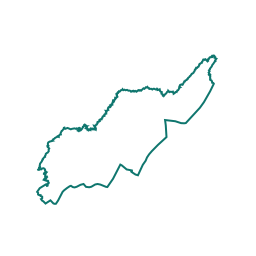 the district of Khagrachhari, Chittagong, Bangladesh, rotated 49°
{"feature_id": "16705992B35326431749719", "entity_name": "Khagrachhari", "entity_type": "district", "adm_level": 2, "iso_a3": "BGD", "parent_name": "Bangladesh", "parent_adm1": "Chittagong", "projection": "natural_earth1", "projection_center": [91.852, 23.211], "detail": "fine", "context": "isolated", "style": "outline", "palette": "teal", "viewbox_px": 256, "rotation_deg": 49, "n_neighbors": 0, "source": "geoboundaries", "source_scale": "gbopen_adm2", "svg_char_len": 5847}
<svg xmlns="http://www.w3.org/2000/svg" viewBox="0 0 256 256"><g transform="rotate(49 128 128)"><path d="M124.6,240.3L126.3,240.5L127.8,240.0L130.9,239.8L131.7,234.0L135.9,233.8L136.9,233.3L137.9,232.1L136.9,228.4L133.3,219.3L133.1,217.2L133.3,213.5L133.7,210.2L134.2,209.0L136.4,208.4L137.8,207.3L138.7,205.3L139.7,201.1L141.1,198.3L144.9,198.3L147.3,196.1L148.3,194.2L149.1,189.8L150.3,187.7L152.5,186.0L158.0,183.2L159.0,182.3L156.5,172.6L150.6,157.8L152.1,157.2L158.4,156.2L162.6,152.9L163.0,153.2L163.0,154.1L163.3,154.2L168.0,152.9L170.2,151.5L165.5,141.0L164.3,136.2L162.7,133.0L161.7,129.3L161.1,125.2L160.4,116.4L160.1,104.9L150.7,97.7L146.3,94.8L153.9,87.9L159.2,84.7L161.4,82.4L162.2,81.1L159.9,60.5L158.3,53.7L154.2,42.0L150.9,34.2L150.0,34.1L149.0,34.8L148.0,34.0L146.7,33.8L145.9,34.4L144.9,34.0L144.7,33.4L143.7,32.9L142.9,31.9L141.6,32.0L142.0,31.3L141.8,30.9L141.2,30.9L140.5,31.6L139.9,30.8L139.1,30.8L138.7,29.2L137.6,29.1L137.5,27.7L137.0,27.3L136.7,25.7L136.5,24.5L135.6,22.7L135.6,21.9L134.9,19.4L134.9,18.0L134.1,17.9L133.7,15.8L131.7,16.6L131.5,15.7L130.9,15.8L130.3,15.5L129.8,15.6L129.9,16.0L129.3,16.4L129.3,17.3L128.7,17.3L128.8,18.4L129.4,18.4L128.3,20.0L128.6,20.6L128.5,21.6L129.0,22.0L128.7,22.6L129.0,23.2L129.9,23.5L129.9,24.3L127.0,24.4L126.9,25.4L126.2,25.5L125.7,26.3L126.7,28.3L126.6,28.7L127.2,29.5L126.9,29.8L126.9,31.5L126.7,31.7L127.0,32.3L126.8,32.6L127.4,33.2L128.0,34.6L127.7,35.1L128.0,36.3L127.2,37.0L127.7,38.3L128.0,38.3L128.2,38.9L128.0,39.5L128.9,40.8L129.0,42.0L129.3,42.4L129.2,43.9L128.9,44.3L129.6,46.6L129.4,47.3L129.8,48.3L129.6,49.7L130.2,50.6L129.9,51.4L130.3,52.2L129.8,53.4L130.2,54.6L129.8,54.9L131.2,58.4L131.0,58.8L130.2,59.0L129.7,60.4L130.4,62.0L131.2,61.9L131.0,62.2L131.5,62.7L131.3,63.2L131.8,63.7L132.4,65.4L132.0,66.1L132.7,67.6L132.4,67.7L132.0,68.6L132.3,69.7L132.1,71.0L131.7,70.7L130.1,70.3L130.2,71.8L129.8,71.1L129.5,71.2L128.2,72.5L128.2,73.1L127.8,73.3L127.7,72.9L127.1,73.2L126.2,73.2L126.6,73.8L126.4,74.7L127.0,76.6L126.8,77.3L127.3,79.9L126.9,79.8L126.4,80.5L125.8,80.2L125.9,79.9L125.6,79.7L124.0,80.2L123.5,79.3L122.9,78.9L122.2,79.5L121.3,79.6L119.6,78.7L119.4,79.7L118.8,80.7L118.1,80.2L117.4,80.3L117.6,81.1L117.3,81.7L115.4,82.6L115.0,83.3L114.9,84.4L113.7,84.7L112.5,86.3L111.5,86.0L110.8,86.5L109.7,86.4L109.8,87.3L109.0,87.7L109.2,89.9L108.2,90.3L108.4,93.7L107.5,93.9L107.3,94.9L107.1,95.1L106.8,94.7L106.2,95.3L106.2,97.7L105.1,97.9L104.9,99.0L104.4,99.5L104.0,99.1L103.4,99.5L103.4,99.9L102.9,100.4L103.1,100.9L102.6,101.9L101.6,101.8L100.5,102.5L100.1,103.2L98.6,103.7L97.9,105.1L96.8,105.5L96.5,106.4L96.2,106.3L95.5,107.0L95.2,106.9L95.4,107.8L94.9,108.3L94.8,108.9L95.1,110.1L95.0,110.6L94.5,110.8L94.8,111.2L94.5,111.8L94.8,112.2L94.4,112.4L94.6,113.0L94.9,113.0L94.7,113.8L95.0,113.8L95.1,114.4L95.5,114.6L95.3,114.8L95.6,115.0L96.0,115.0L95.8,114.8L96.0,114.7L96.6,115.3L97.5,115.5L97.5,116.8L97.2,117.1L97.6,117.6L97.5,118.1L97.1,118.2L97.5,118.6L97.7,118.3L98.0,118.9L97.8,119.3L98.1,120.3L97.3,121.1L98.0,122.0L98.3,121.5L98.1,121.1L98.7,121.1L99.0,122.0L98.8,122.1L98.8,123.4L99.5,124.2L99.4,124.5L100.0,124.6L99.8,125.0L100.0,124.9L100.1,125.4L99.9,125.8L100.2,126.5L99.5,126.8L99.5,127.1L100.1,127.7L100.0,128.4L100.3,128.4L100.1,128.8L99.6,128.7L99.6,129.5L100.3,130.6L100.9,130.9L100.7,131.0L100.9,131.4L101.3,131.3L101.3,132.7L100.7,133.3L101.0,133.3L101.2,133.8L101.8,133.9L102.8,134.9L102.2,135.4L102.4,135.9L102.8,135.7L102.5,136.0L102.9,136.5L102.7,136.4L102.8,136.8L102.5,137.2L103.4,137.9L102.9,138.5L102.7,139.6L103.5,140.4L103.4,141.1L104.2,142.2L104.0,142.5L103.6,142.3L103.1,144.2L103.5,144.7L103.6,144.0L103.7,144.6L104.3,144.7L104.3,145.1L103.9,145.3L104.1,145.7L103.7,146.5L103.9,147.0L103.6,147.2L104.0,147.8L104.4,147.8L104.9,149.3L104.6,149.7L104.8,150.1L104.8,151.5L104.0,152.1L105.4,152.5L105.4,152.0L106.1,152.1L107.2,152.6L107.4,153.0L107.7,152.9L108.1,153.4L107.6,153.5L107.7,153.8L107.3,154.1L106.9,153.7L106.7,154.3L105.7,154.8L106.0,155.4L105.2,156.2L104.9,155.5L104.3,156.1L104.7,156.4L104.8,157.1L104.5,157.3L104.9,157.7L104.5,157.9L104.0,157.6L104.1,158.2L103.7,158.4L103.9,159.1L102.7,159.0L102.7,159.8L101.5,159.4L100.6,160.0L100.5,159.4L100.9,158.9L100.5,158.5L99.8,158.6L99.8,158.0L99.5,158.4L99.6,158.9L99.1,158.7L98.9,158.0L97.0,158.4L96.9,159.1L97.9,160.3L97.9,161.0L97.5,161.3L98.5,163.0L98.4,163.7L98.7,164.5L98.7,165.4L98.4,166.0L97.8,165.5L98.1,167.1L97.0,167.6L96.7,166.5L97.0,165.1L96.5,164.5L96.0,164.6L95.8,164.9L96.6,166.3L95.9,166.0L94.6,167.0L94.7,167.7L93.2,168.6L91.8,171.0L91.5,172.0L88.3,173.6L87.4,176.0L86.7,176.2L86.0,175.8L85.8,176.3L86.4,176.9L86.9,179.6L86.7,180.0L87.7,182.3L88.8,182.9L88.4,183.5L88.3,184.5L88.6,185.1L88.3,185.8L89.1,186.2L88.3,186.7L88.5,186.9L88.1,187.4L87.6,189.8L87.8,190.6L87.4,191.8L87.8,192.8L87.7,193.6L88.2,193.4L86.8,196.2L86.6,197.7L87.0,198.5L88.4,199.7L88.9,199.7L88.7,200.7L89.7,201.1L90.3,200.7L90.8,201.0L91.8,200.9L92.3,202.2L93.5,203.0L93.9,204.9L93.6,205.6L93.6,207.0L94.4,208.0L94.6,208.9L95.4,209.5L95.1,210.3L95.5,212.8L96.0,213.0L96.0,214.0L96.6,214.8L97.2,217.7L98.6,219.5L99.9,220.0L99.5,221.1L100.6,222.0L100.4,223.1L100.7,223.2L101.3,222.4L101.2,221.2L102.2,220.8L102.3,219.4L102.8,218.3L103.8,217.8L105.0,217.9L105.7,218.6L107.9,218.5L107.8,219.1L107.1,219.7L107.1,221.2L107.5,221.6L108.1,221.3L108.4,220.2L108.6,220.9L109.2,221.0L109.9,222.1L111.0,222.9L110.8,222.0L111.3,221.8L111.5,221.1L111.9,221.2L111.9,222.2L112.5,222.9L111.5,224.5L111.8,225.6L114.0,224.4L115.1,223.3L115.4,223.6L115.8,223.2L116.4,223.7L117.3,223.7L117.7,224.3L117.5,225.1L117.7,225.7L118.5,226.1L118.8,226.6L118.5,227.2L118.0,227.1L117.4,226.3L116.9,226.4L116.7,226.8L115.5,234.1L116.6,238.5L118.0,238.4L119.2,239.5L120.3,239.1L121.3,238.0L122.0,238.6L123.5,237.8L124.7,238.8L124.8,239.6L124.6,240.3Z" fill="none" stroke="#0f766e" stroke-width="2"/></g></svg>